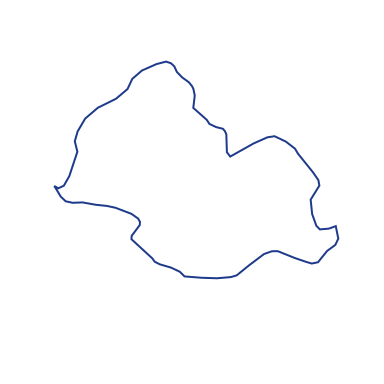 map outline of Rwanda (orthographic projection), rotated 236°
{"feature_id": "RWA", "entity_name": "Rwanda", "entity_type": "country or territory", "adm_level": 0, "iso_a3": "RWA", "parent_name": "Africa", "parent_adm1": "", "projection": "orthographic", "projection_center": [29.912, -1.936], "detail": "fine", "context": "isolated", "style": "outline", "palette": "blue", "viewbox_px": 384, "rotation_deg": 236, "n_neighbors": 0, "source": "natural_earth", "source_scale": "50m", "svg_char_len": 1137}
<svg xmlns="http://www.w3.org/2000/svg" viewBox="0 0 384 384"><g transform="rotate(236 192 192)"><path d="M155.0,122.1L159.1,122.0L186.7,115.4L189.4,117.5L193.8,130.2L196.2,132.1L200.0,132.5L207.7,129.6L221.9,119.6L228.1,113.6L235.3,105.0L244.6,95.4L249.8,87.0L254.9,82.1L261.5,80.6L268.9,81.0L274.0,81.2L269.8,83.2L268.9,89.3L273.8,99.2L289.5,119.5L299.6,123.2L306.2,131.1L312.6,144.5L314.5,161.1L311.8,181.2L313.4,196.1L319.2,205.8L320.7,218.5L317.9,234.1L314.6,243.4L310.6,246.5L306.1,247.6L300.1,246.6L292.6,247.9L284.6,250.8L279.5,251.2L276.4,250.7L270.4,248.2L261.0,240.1L243.5,244.6L238.7,244.5L232.3,248.3L227.1,253.0L223.9,253.3L220.6,252.7L205.5,243.2L200.0,243.5L197.8,270.2L195.2,285.0L192.1,291.6L181.3,298.0L170.4,301.6L164.5,301.3L140.6,303.3L131.2,303.4L126.1,301.2L119.3,286.1L106.6,279.3L94.5,276.2L89.5,277.1L85.1,285.0L83.3,292.1L71.5,287.2L68.0,281.2L67.6,271.1L63.3,257.2L65.7,251.3L70.3,247.5L80.1,240.1L95.0,230.0L98.2,225.1L100.3,217.0L99.3,198.2L97.9,182.4L99.7,176.7L106.5,164.5L115.6,151.9L126.2,138.6L132.7,137.3L141.1,132.3L150.0,124.9L155.0,122.1Z" fill="none" stroke="#1e3a8a" stroke-width="2"/></g></svg>